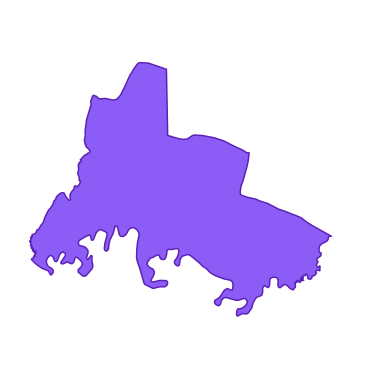 Changhan, Roi Et, Thailand, rotated 194°
{"feature_id": "78962969B4502955936571", "entity_name": "Changhan", "entity_type": "district", "adm_level": 2, "iso_a3": "THA", "parent_name": "Thailand", "parent_adm1": "Roi Et", "projection": "equal_earth", "projection_center": [103.624, 16.158], "detail": "fine", "context": "isolated", "style": "filled", "palette": "violet", "viewbox_px": 384, "rotation_deg": 194, "n_neighbors": 0, "source": "geoboundaries", "source_scale": "gbopen_adm2", "svg_char_len": 5939}
<svg xmlns="http://www.w3.org/2000/svg" viewBox="0 0 384 384"><g transform="rotate(194 192 192)"><path d="M325.9,84.3L319.5,81.8L312.2,80.7L309.3,77.5L308.3,77.7L307.3,80.2L307.7,82.4L309.6,83.9L313.3,84.8L315.6,87.4L316.7,89.9L316.2,93.2L314.6,95.9L312.9,96.3L311.4,95.5L308.4,91.7L306.8,91.6L306.0,92.9L305.4,98.6L304.8,100.4L303.7,101.9L302.2,102.6L300.3,101.9L299.8,101.2L299.6,100.0L299.8,98.7L302.1,92.5L302.1,91.5L301.6,90.9L299.9,91.0L296.1,93.9L292.2,93.2L290.9,93.5L289.8,95.2L289.5,99.8L288.8,100.7L287.8,100.8L283.9,98.8L282.3,97.6L280.9,95.5L281.1,93.3L283.4,89.3L283.5,88.0L283.0,86.7L277.8,84.1L275.5,84.4L274.2,85.8L270.6,93.1L270.3,94.4L270.4,96.6L272.7,101.6L273.3,105.2L273.9,105.9L274.8,105.8L276.5,101.6L277.2,101.2L277.9,101.4L278.4,102.4L278.2,108.1L278.8,110.1L280.9,111.9L283.4,112.9L288.2,112.9L289.2,113.4L290.0,115.3L289.9,116.9L289.4,118.1L283.8,123.6L281.1,125.4L279.9,124.9L278.0,121.2L276.6,121.2L276.0,122.6L275.1,129.4L273.1,132.6L272.0,133.3L271.1,133.4L266.3,132.5L264.4,131.4L264.0,129.8L264.1,121.8L263.5,116.2L263.1,115.2L262.2,114.2L260.6,114.0L259.7,115.1L259.3,116.5L260.0,121.7L260.0,125.6L258.5,132.7L258.3,140.3L257.1,140.7L256.1,140.1L254.8,138.1L252.8,134.0L251.7,132.5L250.6,131.9L249.0,131.9L248.0,132.3L246.3,133.8L245.4,136.0L244.4,139.8L243.5,141.4L242.0,142.7L240.2,143.2L238.5,143.0L236.2,142.0L234.4,140.3L233.3,138.6L232.9,137.0L232.7,130.3L231.7,123.2L230.1,115.5L228.4,111.6L224.4,105.6L216.7,92.3L215.6,91.0L207.5,89.2L206.0,89.2L200.2,92.3L195.8,93.3L194.0,94.9L193.6,96.5L193.7,98.2L194.4,99.2L195.5,99.8L201.6,98.5L208.0,95.3L209.8,95.2L210.2,95.6L210.4,96.8L209.0,102.2L209.0,104.5L209.6,106.1L211.7,108.0L214.3,108.3L217.0,109.8L217.9,110.8L218.2,113.2L216.3,117.8L213.8,119.4L211.2,121.9L209.7,122.7L208.4,122.4L206.8,120.1L205.8,119.4L203.7,119.4L202.7,119.8L202.1,120.5L201.6,122.3L201.5,125.7L202.1,128.8L201.8,129.9L201.1,130.5L197.3,131.5L193.6,133.4L192.4,133.5L190.8,132.5L190.2,130.4L190.3,126.5L190.8,124.3L192.0,121.3L192.0,119.2L190.6,117.6L188.3,116.8L187.1,117.3L186.7,118.5L187.1,124.0L186.1,127.1L181.9,129.9L180.0,130.4L177.0,129.5L167.6,124.9L163.4,122.4L159.0,120.9L156.0,118.8L153.3,117.6L148.6,116.4L140.1,115.4L133.4,115.7L131.5,114.8L130.7,114.0L129.8,112.2L129.1,108.2L129.2,106.9L130.4,106.2L134.2,106.9L136.0,105.5L137.1,103.9L139.4,97.1L140.9,95.0L143.6,92.4L143.5,90.4L142.0,88.8L140.2,88.1L138.5,88.2L137.4,89.5L137.0,94.0L136.6,95.4L135.7,96.7L134.5,97.6L133.2,97.9L123.0,97.6L120.9,98.1L115.8,101.3L114.3,101.5L112.1,99.4L111.7,98.5L111.7,97.0L112.7,94.6L114.5,92.3L116.9,90.3L119.0,89.8L119.6,89.0L119.7,86.9L119.2,84.2L118.6,83.0L117.7,82.7L113.8,86.2L109.5,86.9L108.1,88.3L106.0,93.9L105.9,99.3L104.6,103.9L103.5,105.8L99.8,108.2L99.3,109.0L99.2,111.9L100.2,115.9L99.8,117.7L98.6,118.6L95.3,117.6L94.4,118.4L94.3,120.7L95.2,125.9L94.9,127.1L94.3,127.9L92.9,128.8L91.1,129.3L89.2,129.4L88.3,129.0L87.1,127.2L86.1,122.5L85.3,121.0L84.5,120.4L83.3,120.5L80.6,124.1L78.8,124.8L76.8,124.2L73.6,122.1L70.2,121.5L68.7,124.9L69.2,125.5L69.0,126.4L70.3,128.7L70.2,129.2L69.8,129.5L69.3,129.1L69.0,130.0L68.5,130.0L69.1,131.3L68.8,131.6L68.1,131.1L66.9,131.2L66.3,130.5L66.1,131.3L65.2,130.9L65.1,131.6L65.5,132.1L65.3,132.6L65.7,134.6L65.0,134.2L64.1,132.5L62.9,133.1L63.7,133.4L63.6,134.2L63.0,134.7L63.0,135.1L63.7,135.7L64.3,135.4L64.2,136.0L64.7,136.5L63.7,137.1L63.9,137.9L63.3,138.0L63.0,138.4L62.1,138.2L62.0,139.5L60.9,140.1L60.2,139.5L59.8,138.3L59.1,137.7L58.7,136.2L58.0,135.8L56.3,136.0L55.0,137.0L55.1,138.9L54.8,139.6L53.5,140.1L52.2,141.7L51.7,143.6L52.7,144.4L52.2,145.9L51.2,146.6L49.1,146.5L48.8,146.9L49.6,148.5L49.4,149.7L50.1,151.1L50.5,151.0L51.2,149.6L52.0,149.4L52.6,149.7L53.5,151.0L53.6,152.7L52.9,154.6L54.5,156.6L54.6,157.7L51.8,160.9L51.5,162.3L52.1,164.0L53.7,164.4L54.4,165.4L55.1,168.1L55.1,170.3L54.6,171.7L53.5,173.1L49.2,177.0L48.4,179.3L48.8,181.2L48.2,182.2L47.1,182.4L46.4,182.9L66.8,188.4L73.0,190.4L80.2,193.5L97.2,195.8L103.8,196.3L115.9,199.2L124.1,199.7L128.2,200.5L138.0,200.3L143.5,200.9L144.5,201.8L145.3,203.8L145.8,209.2L145.2,215.9L144.8,230.3L145.0,235.7L146.0,243.7L148.6,243.4L153.0,244.9L164.0,247.0L173.6,249.3L183.6,250.0L195.8,249.3L203.6,247.8L205.3,246.8L209.5,242.2L213.2,241.0L217.5,240.5L229.3,241.0L246.5,304.9L265.3,306.5L273.4,305.1L275.2,304.0L276.0,302.9L277.7,298.9L280.7,289.3L282.6,278.5L284.8,268.6L287.1,264.4L288.7,263.0L291.0,262.1L298.7,261.8L303.8,260.1L305.0,260.1L307.9,261.7L311.2,261.9L311.8,260.0L312.2,255.2L311.0,252.7L311.8,236.9L310.5,225.7L309.1,220.5L309.0,216.5L307.4,212.8L306.3,212.0L306.3,211.3L305.6,210.4L304.6,209.6L302.4,208.8L301.8,207.6L300.8,207.2L300.6,206.8L301.3,204.8L302.5,204.5L302.8,203.2L304.5,202.5L306.3,199.8L307.0,197.9L308.1,196.5L308.1,196.1L307.2,195.7L306.9,194.6L307.2,193.9L308.0,193.9L308.5,193.3L308.8,190.4L307.5,186.5L307.3,182.0L305.3,179.5L304.0,175.6L302.9,175.8L302.7,174.3L303.0,172.6L304.6,169.3L305.2,169.1L306.6,169.9L307.5,169.0L307.3,166.4L308.4,164.2L309.7,160.3L309.3,157.9L308.1,155.6L308.2,154.8L309.3,154.3L310.6,155.0L313.6,157.3L315.6,159.8L316.3,160.2L318.2,159.7L319.4,158.9L321.5,156.2L322.5,153.9L322.4,152.0L323.7,150.2L323.7,148.9L324.0,148.4L323.7,147.1L325.4,142.3L326.7,140.0L327.5,136.9L328.6,131.9L329.0,126.3L330.4,123.4L331.8,118.6L333.1,117.8L333.7,114.3L335.0,112.8L336.1,112.5L336.9,111.5L336.2,109.9L336.8,109.7L336.9,109.1L337.6,109.0L337.5,108.6L336.7,107.7L336.9,107.0L336.6,105.5L337.4,105.3L337.6,104.7L337.3,104.4L336.3,104.5L336.3,103.6L335.5,102.6L335.7,101.9L334.9,102.2L335.0,100.2L333.7,99.8L334.4,98.9L333.7,98.4L333.4,99.0L332.7,98.1L331.9,97.9L331.9,97.1L332.5,97.2L332.5,96.4L331.6,96.4L331.2,95.9L331.0,96.5L330.3,96.6L329.8,95.5L329.3,96.1L329.2,95.4L328.7,95.1L329.0,94.3L329.5,94.3L329.1,93.5L329.6,92.3L329.1,91.9L329.8,91.7L329.6,91.2L330.0,90.9L329.6,90.4L329.7,89.8L330.1,89.2L331.0,89.0L331.4,87.6L325.9,84.3Z" fill="#8b5cf6" stroke="#5b21b6" stroke-width="1.5"/></g></svg>